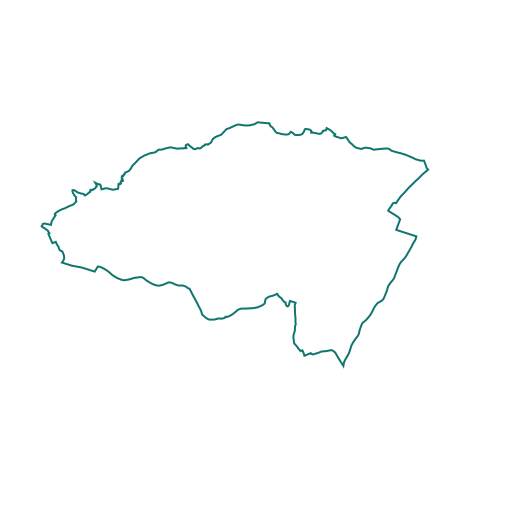 Bichis, Mures, Romania (Mercator projection), rotated 160°
{"feature_id": "2599482B14614576854068", "entity_name": "Bichis", "entity_type": "district", "adm_level": 2, "iso_a3": "ROU", "parent_name": "Romania", "parent_adm1": "Mures", "projection": "mercator", "projection_center": [24.102, 46.369], "detail": "fine", "context": "isolated", "style": "outline", "palette": "teal", "viewbox_px": 512, "rotation_deg": 160, "n_neighbors": 0, "source": "geoboundaries", "source_scale": "gbopen_adm2", "svg_char_len": 6071}
<svg xmlns="http://www.w3.org/2000/svg" viewBox="0 0 512 512"><g transform="rotate(160 256 256)"><path d="M350.6,379.1L351.5,377.8L352.3,377.9L352.6,377.6L352.7,377.1L353.4,376.6L354.0,376.9L354.7,376.9L354.9,376.7L355.3,375.8L355.3,375.4L355.0,374.9L354.9,374.6L355.0,374.5L355.8,374.3L356.0,374.0L355.9,373.7L355.4,373.2L355.2,372.7L355.3,372.3L355.5,372.0L356.1,372.0L356.4,372.0L357.0,372.5L357.2,372.4L358.1,371.7L358.5,371.2L358.6,370.7L358.2,370.7L358.1,370.4L358.8,370.0L359.9,370.1L360.6,370.6L362.6,366.3L366.8,367.0L368.1,367.3L371.7,369.9L373.2,370.7L374.6,371.2L377.2,371.3L378.4,371.5L377.9,374.8L377.9,376.4L378.7,376.8L380.1,377.8L382.0,379.8L381.7,378.0L381.6,377.0L381.7,376.0L382.6,375.7L383.9,374.6L386.0,374.3L386.8,373.9L387.2,373.9L387.5,374.1L387.6,374.3L388.2,374.7L389.0,374.7L389.3,374.3L389.4,373.5L389.8,373.1L390.1,372.9L390.5,373.1L391.6,372.4L392.4,372.3L393.7,371.8L395.5,371.4L396.3,371.5L396.3,372.2L396.6,373.0L397.5,373.8L398.7,374.3L401.9,376.8L404.3,380.0L405.5,380.6L406.0,380.6L406.4,379.2L406.4,377.9L406.0,375.4L405.5,373.9L405.0,372.9L405.0,372.4L405.7,371.1L406.1,370.3L406.2,368.6L406.9,368.4L409.3,367.1L410.0,366.9L416.1,366.6L419.3,366.2L422.0,366.3L427.4,365.6L430.2,364.6L430.8,364.2L430.8,363.2L430.5,362.8L436.0,358.6L437.5,356.3L438.0,355.4L443.7,358.9L445.1,359.1L447.3,357.1L443.1,351.4L442.4,348.0L443.5,347.8L443.1,339.6L442.9,337.7L439.3,337.8L439.3,336.5L439.1,334.8L438.4,331.9L438.4,331.4L438.6,330.8L438.5,329.3L438.3,328.7L438.0,328.0L436.6,326.8L436.4,325.7L436.3,324.2L436.3,321.8L436.9,319.9L437.3,319.0L438.6,317.6L440.6,316.2L432.5,310.0L423.4,304.6L412.9,296.5L408.2,300.2L407.2,299.7L406.0,298.9L404.4,297.4L401.8,294.4L399.8,291.5L397.5,287.2L394.4,283.3L393.6,282.4L390.7,279.8L388.5,278.4L385.8,277.8L382.6,277.3L378.3,277.1L377.6,276.9L376.9,276.9L376.1,276.8L374.9,276.3L372.7,276.0L371.0,275.3L370.0,274.6L369.3,273.8L368.4,272.4L367.8,271.2L367.3,270.5L364.8,267.3L362.3,264.5L359.0,262.0L357.0,261.2L354.1,260.8L352.1,260.8L347.3,261.1L346.3,260.8L344.7,259.8L343.7,259.0L341.8,257.0L339.1,254.9L338.3,254.5L336.2,253.8L334.5,253.0L332.8,251.6L332.0,250.8L331.6,249.9L331.2,249.4L330.4,248.5L329.6,248.0L328.8,241.3L327.3,231.1L327.1,228.5L326.8,226.9L326.6,225.0L326.3,223.4L326.5,221.9L326.6,219.2L325.8,217.9L325.0,216.3L323.4,213.9L322.5,212.9L321.6,212.2L317.8,210.8L316.7,210.5L312.4,210.1L309.9,208.9L307.9,208.6L306.5,208.6L305.4,209.3L304.9,208.8L302.2,208.6L300.5,208.8L298.4,209.2L294.8,210.3L291.9,211.5L290.7,211.7L287.9,211.6L281.9,209.5L280.5,209.2L277.5,208.2L272.2,207.2L267.3,207.5L265.4,207.9L264.9,208.1L264.3,208.4L263.5,209.2L262.2,211.7L261.7,212.1L260.1,212.9L257.6,213.3L253.3,212.9L249.1,213.2L248.9,213.1L248.9,211.6L247.3,208.6L246.8,208.0L246.2,206.4L246.1,205.4L244.8,202.6L244.1,202.2L244.1,201.6L244.5,200.7L244.5,199.8L244.3,198.9L243.9,198.0L243.3,197.9L242.8,198.0L242.2,198.4L241.3,199.3L240.6,200.6L239.5,202.1L236.4,199.9L234.8,198.4L235.5,197.6L236.2,196.8L236.5,196.2L238.3,190.6L238.6,190.0L239.2,187.7L240.1,184.5L240.7,182.3L241.2,181.4L241.6,180.2L241.7,179.3L242.1,178.3L243.6,176.0L245.0,172.6L247.7,169.0L248.6,167.1L249.9,161.4L249.9,160.5L249.5,159.7L248.8,157.8L248.1,155.9L247.8,154.2L247.4,153.3L246.7,152.1L246.7,151.4L245.5,151.4L244.7,151.5L244.5,149.9L244.5,148.7L244.6,145.7L237.9,146.0L237.9,145.4L237.5,145.3L236.6,144.3L236.0,144.0L232.3,143.8L231.3,143.7L227.4,143.8L226.1,143.6L222.6,142.6L217.3,141.8L216.0,140.5L214.6,138.2L213.8,133.7L213.5,131.9L211.5,122.8L210.4,124.8L209.3,126.4L207.3,128.3L202.5,132.3L201.6,133.2L196.9,139.3L195.1,140.9L192.8,142.7L189.5,145.0L187.7,146.0L186.1,147.6L184.0,150.8L181.6,153.8L180.0,155.6L179.1,156.5L178.5,156.8L177.7,157.0L174.2,158.3L170.3,160.5L167.3,162.6L162.6,167.1L159.6,169.2L157.7,170.2L153.5,170.9L152.1,171.4L150.8,172.2L150.3,172.6L144.7,178.8L143.3,180.9L142.3,182.2L141.6,182.9L140.9,183.3L138.9,184.8L135.5,186.7L133.8,188.0L126.3,196.7L124.5,198.6L123.4,199.6L122.1,200.5L120.7,201.3L117.8,202.7L116.0,203.8L114.4,205.0L106.6,211.6L105.0,213.3L100.5,216.9L98.6,219.6L115.3,232.6L108.0,241.2L109.1,244.0L116.3,253.3L115.7,254.0L111.4,256.9L109.5,258.6L108.5,258.7L107.6,258.6L106.3,257.8L101.2,261.4L99.4,262.6L94.0,265.2L89.9,267.5L79.0,272.5L77.8,272.8L71.8,275.7L64.7,278.3L65.6,280.4L65.4,284.3L65.5,288.1L68.7,289.3L73.3,292.6L74.2,293.8L80.7,299.9L82.1,300.9L83.6,302.1L85.3,303.4L87.4,304.7L92.7,308.6L94.3,311.1L95.8,312.1L98.0,312.8L101.4,313.8L109.0,315.6L111.7,318.1L115.5,320.1L117.0,320.6L120.2,320.5L123.8,322.7L125.4,324.1L126.9,326.7L127.4,327.9L128.4,329.5L129.1,330.9L130.6,337.0L135.5,337.4L139.8,340.6L141.4,342.3L139.9,343.4L141.0,344.6L142.7,348.2L144.4,350.4L145.9,352.0L146.8,350.6L147.3,350.2L148.7,350.5L150.3,350.7L150.8,349.9L151.7,349.4L152.9,348.9L153.6,348.9L154.9,349.2L158.8,351.6L160.2,352.3L161.0,353.4L161.5,352.9L162.0,353.1L161.3,354.9L162.1,356.2L163.1,356.9L165.9,358.5L166.6,358.4L167.1,358.1L168.0,356.8L169.5,355.7L170.8,354.8L173.0,354.7L177.0,355.9L178.0,356.5L179.5,359.2L180.2,360.2L180.9,360.8L182.4,359.8L183.5,359.4L184.6,359.4L185.8,359.7L187.3,360.3L190.4,361.9L191.7,363.0L194.1,364.4L194.6,365.0L195.0,365.7L196.5,371.0L197.0,371.9L197.7,372.6L197.9,373.4L198.2,374.5L198.0,376.1L198.6,376.3L208.6,381.0L209.8,381.0L210.9,380.6L212.5,380.4L216.1,380.8L218.4,381.2L220.5,382.0L222.7,382.9L226.6,385.1L228.5,385.8L232.2,385.7L237.3,385.2L240.2,385.4L247.1,381.9L253.1,381.7L254.6,381.4L256.4,380.7L257.5,379.9L259.2,378.2L259.8,377.9L263.1,377.1L263.5,377.6L264.1,377.9L265.1,377.8L265.6,378.2L266.1,378.1L266.5,377.7L266.9,377.4L268.2,377.3L269.4,377.0L270.5,376.4L271.9,376.3L272.4,376.4L273.6,377.3L274.2,377.4L274.7,377.3L276.7,377.1L277.6,377.7L278.5,378.5L278.9,379.6L280.6,382.0L281.8,384.4L283.9,384.2L284.3,383.8L284.6,382.7L284.5,381.2L285.0,381.2L286.2,381.9L287.3,381.8L287.8,382.2L293.5,383.9L299.0,387.3L302.8,387.9L308.1,388.2L311.2,389.2L315.2,387.9L320.9,388.8L326.6,388.6L332.0,387.6L339.0,384.1L341.1,383.2L343.6,381.1L346.3,379.4L350.6,379.1Z" fill="none" stroke="#0f766e" stroke-width="2"/></g></svg>